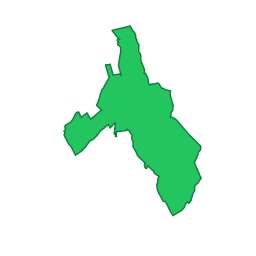 Puscasi, Vaslui, Romania, rotated 251°
{"feature_id": "2599482B69764895612231", "entity_name": "Puscasi", "entity_type": "district", "adm_level": 2, "iso_a3": "ROU", "parent_name": "Romania", "parent_adm1": "Vaslui", "projection": "robinson", "projection_center": [27.64, 46.627], "detail": "fine", "context": "isolated", "style": "filled", "palette": "green", "viewbox_px": 256, "rotation_deg": 251, "n_neighbors": 0, "source": "geoboundaries", "source_scale": "gbopen_adm2", "svg_char_len": 5829}
<svg xmlns="http://www.w3.org/2000/svg" viewBox="0 0 256 256"><g transform="rotate(251 128 128)"><path d="M87.3,190.7L102.5,183.3L120.5,176.1L120.8,175.7L121.8,175.2L124.1,172.8L124.9,171.5L125.2,171.6L126.4,172.9L128.3,173.7L128.7,174.0L129.9,175.7L130.7,176.4L131.8,176.6L134.2,177.9L137.3,178.2L139.3,178.1L140.6,178.4L142.8,178.4L145.1,178.6L146.6,178.9L147.7,179.5L148.4,179.9L149.3,180.3L150.2,178.7L151.2,177.0L152.4,175.6L153.9,174.2L154.2,173.9L154.4,173.7L154.4,172.9L154.8,172.8L155.3,172.7L155.7,172.5L157.6,172.0L158.8,171.9L159.5,171.7L159.9,171.6L160.7,171.0L161.1,168.9L161.0,167.1L161.5,166.2L161.6,165.9L161.8,165.0L161.9,164.5L162.0,164.1L161.5,162.5L161.7,162.4L163.1,162.1L165.2,162.3L165.6,162.2L165.8,162.4L166.3,162.5L166.7,162.6L167.9,162.9L169.0,162.9L170.2,162.9L173.9,162.3L174.1,161.7L174.2,161.3L174.4,161.1L174.6,161.1L174.9,161.3L175.3,161.6L175.9,162.0L176.8,162.3L177.9,162.4L179.3,162.6L185.6,162.2L188.4,162.2L189.2,162.6L190.8,163.2L192.2,163.6L193.2,163.7L194.0,163.8L194.5,163.7L196.0,163.1L196.4,163.0L198.4,163.6L202.9,165.2L203.3,165.3L204.3,165.3L204.7,165.1L205.5,164.8L206.7,164.6L207.2,164.6L207.7,164.8L209.8,165.0L210.5,164.5L211.0,164.5L211.3,164.7L212.1,165.2L212.6,165.3L214.3,165.4L215.8,165.3L216.7,165.1L217.4,164.7L218.8,164.1L220.1,163.9L221.4,163.7L222.7,163.4L223.6,163.5L225.5,144.9L224.9,144.8L223.9,145.1L221.4,146.1L219.6,146.7L217.7,147.5L216.6,147.9L214.9,148.7L215.4,147.0L214.5,146.3L212.3,147.0L212.0,145.9L210.1,145.8L209.9,145.5L208.1,146.9L207.8,147.0L206.7,147.1L206.0,147.0L204.4,146.7L203.7,146.5L202.9,146.1L191.8,140.1L190.8,139.6L189.6,139.3L188.6,139.2L179.9,138.8L179.9,138.6L180.8,138.6L181.6,138.5L182.1,138.4L181.9,138.3L181.7,137.8L181.8,137.7L181.8,137.3L182.0,136.3L182.6,132.1L182.9,131.2L194.1,131.8L194.1,131.3L194.0,131.0L194.1,130.7L194.8,128.1L194.9,127.5L194.9,127.3L192.8,127.1L190.8,127.1L189.6,127.0L187.1,127.0L186.2,126.8L185.1,126.8L181.8,126.6L181.6,126.5L180.6,125.5L180.1,124.7L179.0,123.3L177.3,121.7L176.3,120.2L175.7,119.5L173.9,118.1L173.7,117.8L173.2,116.6L172.8,116.0L172.1,115.3L170.6,114.3L168.6,112.6L166.8,111.5L162.8,108.5L161.6,107.5L160.1,105.9L159.1,105.9L158.1,106.4L157.6,106.6L157.3,106.8L157.0,107.0L155.8,107.7L154.7,108.1L153.5,109.0L153.4,108.1L152.7,106.2L152.3,105.1L151.6,103.9L150.9,101.8L149.4,98.3L149.0,97.0L148.4,95.6L155.6,94.1L155.4,93.6L155.0,92.3L154.4,90.1L154.0,89.1L153.2,87.3L156.5,86.9L156.2,86.7L158.4,86.6L159.2,86.5L159.3,86.2L158.9,85.5L159.2,85.4L159.4,85.1L159.4,84.5L158.7,83.6L158.2,82.8L157.0,81.5L156.3,80.9L155.5,80.2L154.0,78.4L152.7,76.6L152.5,76.1L152.1,75.4L151.8,74.8L151.8,73.9L151.5,72.7L151.3,71.1L151.2,70.3L150.0,68.7L149.8,68.6L149.5,68.8L149.0,68.9L148.7,68.9L148.4,68.5L148.1,68.4L147.0,68.6L146.7,68.3L146.6,67.9L145.6,66.4L143.4,66.8L143.3,66.6L142.5,65.3L138.4,65.7L134.5,66.3L132.8,66.6L131.0,67.1L130.4,67.5L129.6,67.9L128.7,68.2L122.7,69.0L119.4,69.5L119.9,71.5L121.6,77.3L121.7,77.6L122.1,77.6L122.2,78.1L122.9,79.5L123.9,81.6L124.4,82.1L124.7,82.7L125.4,83.4L125.6,83.9L126.1,84.8L126.8,85.8L127.1,85.9L127.4,86.0L127.5,86.1L127.4,86.4L127.6,87.0L127.9,87.3L128.4,87.9L128.4,88.2L128.2,89.2L128.9,92.0L129.2,92.5L129.8,93.9L130.1,94.4L130.5,95.3L131.2,96.6L131.6,96.6L132.1,97.5L132.3,98.2L132.4,98.3L132.5,98.3L132.6,98.5L132.8,98.9L133.2,99.4L133.3,99.6L133.5,100.0L134.1,100.7L134.4,101.0L134.3,101.6L134.8,102.7L135.1,102.9L135.3,103.3L135.2,104.0L135.2,104.4L135.6,105.1L135.8,105.4L136.0,106.1L136.4,106.6L136.5,106.9L136.4,107.0L136.7,107.9L137.1,108.5L137.4,108.7L137.5,109.3L137.5,109.6L137.3,110.0L137.5,110.5L134.8,111.0L133.9,111.2L134.7,112.7L137.2,117.4L136.5,117.7L134.6,116.6L131.8,115.8L132.0,115.3L127.8,113.8L127.8,113.3L126.6,113.3L126.6,114.0L123.9,113.5L123.9,114.5L124.5,114.5L124.8,114.6L126.3,115.0L128.2,115.7L127.5,119.2L126.1,126.0L126.9,126.2L127.2,126.5L125.4,128.2L125.1,128.3L124.6,128.3L124.2,128.2L123.7,128.5L123.4,128.7L123.1,128.5L121.1,129.2L119.8,129.5L119.3,129.4L118.2,128.6L117.5,128.4L116.9,128.2L116.2,128.2L115.4,128.0L113.6,128.2L113.0,128.2L111.3,127.7L110.4,127.3L109.9,127.0L109.6,126.9L109.0,126.7L108.5,126.7L107.5,126.8L106.3,127.2L105.1,127.5L104.4,127.4L104.0,127.5L102.0,127.9L100.8,128.0L99.5,128.0L98.6,128.0L97.5,128.7L96.9,128.9L96.5,129.0L96.1,129.2L95.9,129.5L95.3,129.7L94.2,130.4L93.5,130.7L92.0,131.5L89.0,132.8L89.0,132.6L88.9,132.2L88.5,131.8L87.7,131.7L87.3,131.4L86.5,131.3L86.2,131.5L85.9,131.5L85.5,131.2L85.0,131.4L83.8,131.8L83.9,132.2L84.0,132.7L84.5,133.1L85.9,134.4L81.8,136.6L79.9,137.4L79.2,137.9L78.2,138.3L77.8,138.3L77.2,138.0L76.5,138.4L75.6,139.1L75.1,139.3L74.9,139.6L74.7,139.7L74.4,139.6L74.2,139.8L74.0,140.1L73.5,140.7L73.0,141.1L72.9,141.3L72.7,141.4L72.0,141.6L71.6,140.8L71.1,140.4L69.3,139.3L68.2,138.9L66.3,138.1L65.7,137.2L64.0,136.4L61.8,136.1L60.7,135.7L56.8,135.8L55.3,136.0L53.9,136.4L49.5,137.0L48.5,137.2L47.7,137.4L47.2,137.4L47.2,137.8L47.0,138.2L46.4,139.0L45.9,139.4L45.7,139.5L42.1,140.1L39.1,140.5L38.4,140.5L35.5,140.9L30.6,142.0L30.5,142.4L30.8,143.3L31.1,144.8L31.5,146.7L32.2,149.4L32.3,150.0L32.3,150.8L32.5,151.5L33.4,153.3L34.0,154.6L34.5,155.3L35.3,156.1L36.4,156.5L36.9,156.9L37.8,158.4L38.3,159.6L38.6,160.0L38.7,160.4L37.1,160.9L37.9,162.6L38.4,162.6L38.8,163.9L39.4,164.3L40.3,164.6L40.9,164.8L41.8,165.9L43.4,167.2L44.9,168.0L45.4,168.5L45.8,169.3L46.6,170.2L47.9,171.0L49.1,171.2L49.8,171.5L50.9,172.1L51.6,172.6L51.9,173.0L52.0,173.4L52.2,173.8L52.7,174.3L52.9,175.5L53.5,176.8L53.7,177.0L54.2,177.4L54.4,177.7L54.7,178.1L55.1,178.4L55.3,178.9L56.4,180.1L57.0,180.9L58.1,180.8L58.9,180.5L59.3,180.4L63.4,180.3L65.9,180.0L66.5,180.0L68.5,179.7L73.7,179.6L76.4,182.2L79.8,185.2L81.2,186.1L82.2,187.0L82.7,187.6L83.1,188.5L83.3,188.9L84.8,190.0L85.8,190.5L86.8,190.7L87.3,190.7Z" fill="#22c55e" stroke="#15803d" stroke-width="1.5"/></g></svg>